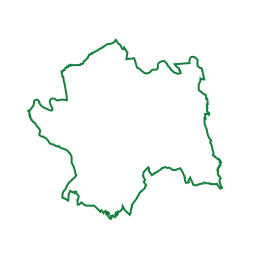 outline of Valea Mare, Vâlcea, Romania, rotated 71°
{"feature_id": "2599482B41757926586400", "entity_name": "Valea Mare", "entity_type": "district", "adm_level": 2, "iso_a3": "ROU", "parent_name": "Romania", "parent_adm1": "Vâlcea", "projection": "equal_earth", "projection_center": [24.031, 44.681], "detail": "fine", "context": "isolated", "style": "outline", "palette": "green", "viewbox_px": 256, "rotation_deg": 71, "n_neighbors": 0, "source": "geoboundaries", "source_scale": "gbopen_adm2", "svg_char_len": 5791}
<svg xmlns="http://www.w3.org/2000/svg" viewBox="0 0 256 256"><g transform="rotate(71 128 128)"><path d="M172.3,212.7L174.7,210.2L177.1,208.4L176.4,207.7L172.0,206.0L168.7,203.1L171.9,200.0L170.7,199.3L171.2,197.9L171.5,197.7L173.2,198.2L176.4,196.7L178.5,198.0L179.4,198.7L179.3,199.1L179.6,199.4L184.0,200.4L184.0,200.2L184.4,199.7L184.4,199.0L183.2,196.3L186.3,194.3L187.7,193.0L188.9,189.5L189.8,187.9L189.8,187.0L190.2,185.5L193.3,183.7L198.1,181.4L197.4,180.7L197.1,179.9L199.9,178.9L200.5,178.9L199.9,177.9L199.9,177.3L199.1,176.4L201.5,174.2L201.5,173.9L202.7,173.6L203.0,173.8L202.5,174.1L201.2,175.6L202.1,176.7L203.0,176.0L208.3,174.3L208.2,173.4L207.6,173.6L206.8,173.1L206.6,172.9L206.9,172.8L206.8,172.3L205.7,172.5L205.7,171.2L206.3,171.0L206.3,170.5L208.0,169.7L207.1,167.5L205.5,168.2L205.4,167.8L204.6,167.3L206.6,166.4L206.3,165.7L204.3,166.4L203.6,164.8L204.5,164.5L203.9,161.5L201.7,158.8L200.9,158.9L200.3,158.6L200.9,158.5L200.9,158.3L202.3,158.3L204.2,157.9L210.6,154.7L208.9,152.9L208.0,152.9L205.7,151.5L205.4,151.0L204.2,150.5L203.8,149.8L202.9,149.7L202.2,149.1L201.9,149.3L197.3,142.4L195.8,141.3L195.3,140.2L192.9,137.9L192.9,137.3L192.3,136.6L192.0,135.1L191.5,134.5L190.8,132.4L190.1,131.5L189.5,131.3L189.2,130.8L188.4,130.3L188.2,129.5L187.6,129.5L184.4,130.7L183.1,129.5L182.9,128.9L182.7,128.7L178.1,129.5L177.6,129.0L175.0,127.8L173.2,124.6L171.8,121.6L173.6,121.3L175.5,122.3L180.2,120.8L180.0,120.3L180.2,119.5L179.3,117.9L179.2,117.5L179.5,117.2L179.2,116.8L179.2,115.4L178.3,112.4L177.9,110.3L177.6,110.1L177.5,109.5L177.0,108.8L177.2,107.9L176.9,106.2L177.7,104.7L178.4,104.2L178.7,102.9L179.5,101.3L181.6,100.0L182.8,98.3L183.2,96.7L183.0,93.1L183.1,91.8L187.5,90.7L190.8,90.6L191.9,90.1L192.7,90.7L193.9,90.4L195.2,91.1L197.7,91.2L198.7,91.0L199.1,89.5L199.2,88.1L197.7,88.2L195.5,86.0L195.1,85.4L198.4,85.2L200.8,84.8L202.5,84.9L203.4,84.5L204.4,82.0L204.5,80.8L204.2,80.0L204.6,76.4L204.9,75.1L204.4,74.4L204.4,73.4L205.2,72.6L205.7,72.4L205.8,71.5L206.9,69.0L207.7,68.6L207.6,67.8L208.4,67.3L208.6,65.9L209.1,65.4L209.3,64.1L209.9,62.9L209.7,62.1L214.9,60.8L214.7,60.5L215.3,60.1L215.3,58.9L214.9,58.5L212.3,59.1L211.5,58.9L211.0,59.1L210.3,58.9L208.9,59.1L208.6,58.8L207.6,58.6L206.7,58.1L205.7,56.8L203.5,57.2L202.9,57.4L202.9,57.7L201.1,58.1L200.3,57.9L198.9,57.0L197.1,57.3L196.9,56.3L195.6,56.4L195.1,55.7L195.1,55.2L194.7,54.7L194.2,54.7L194.0,54.1L193.6,54.1L193.5,53.5L193.1,53.5L192.9,52.4L190.5,52.5L190.6,51.2L187.2,51.9L186.9,52.3L187.3,52.5L186.6,52.8L186.6,53.2L186.0,53.3L185.6,53.9L185.2,54.2L183.6,54.8L183.5,55.2L182.9,55.3L181.9,56.4L181.1,56.5L180.2,55.5L178.6,55.1L175.5,55.2L173.8,54.7L169.7,54.7L169.5,55.0L168.1,54.9L167.0,54.1L167.1,53.7L165.2,53.9L164.2,54.5L160.4,54.8L154.4,54.0L153.9,54.2L149.1,54.2L143.6,52.5L144.3,51.7L139.9,50.6L141.0,47.6L141.2,47.2L141.9,47.1L141.7,46.8L140.2,46.5L139.6,46.9L139.2,47.5L138.4,47.5L138.2,47.7L135.1,47.1L134.7,46.7L134.7,46.4L134.1,46.6L133.8,46.2L132.3,46.2L132.2,46.0L131.2,45.7L131.5,44.9L126.2,43.5L125.9,43.7L125.9,44.5L123.8,43.9L121.6,43.7L121.0,45.0L119.8,46.0L117.6,47.1L117.1,47.7L116.0,48.1L115.4,48.7L114.8,48.7L110.0,47.0L108.7,46.0L107.6,44.5L106.8,44.3L106.4,43.9L105.9,43.8L105.5,43.4L104.8,43.3L106.5,41.2L106.9,40.0L95.7,38.9L94.4,40.6L92.1,41.9L89.8,41.6L87.5,40.4L86.3,40.2L85.1,40.5L82.5,42.1L81.6,43.9L81.6,45.6L82.3,46.6L83.5,47.5L86.6,48.8L82.9,63.1L85.0,62.5L86.9,61.4L87.8,60.6L89.7,60.3L90.2,60.7L90.7,60.6L90.9,60.1L93.3,60.3L92.9,63.3L90.4,66.4L86.9,68.3L84.0,69.1L82.3,70.0L79.8,70.3L77.3,71.4L76.5,72.1L75.9,73.1L76.1,76.4L76.8,78.2L77.5,78.9L78.5,79.4L80.9,80.2L81.9,81.3L81.9,82.6L80.9,85.6L81.1,86.9L82.1,88.4L82.7,90.4L82.5,92.5L82.1,93.4L81.6,94.2L80.5,95.1L79.1,96.1L75.5,98.0L73.8,99.8L64.1,99.4L62.4,107.1L56.3,103.9L54.5,104.6L50.8,105.4L51.1,105.6L51.6,105.7L51.7,106.4L51.4,106.7L52.0,106.8L52.0,107.2L50.2,107.8L46.8,108.3L45.3,109.6L42.3,110.4L40.7,111.0L42.2,112.7L42.7,114.9L42.7,117.1L42.4,118.4L42.6,118.8L42.0,119.8L42.0,120.7L43.1,123.8L43.0,125.3L43.6,125.7L43.6,126.2L43.9,127.1L43.7,127.5L44.0,128.0L43.9,128.9L44.9,132.0L44.8,132.5L45.1,134.4L45.3,134.7L45.4,137.4L45.9,137.7L45.4,138.1L45.9,138.8L45.9,140.1L46.5,140.5L46.4,141.2L47.2,141.9L47.5,142.5L48.5,142.8L48.9,144.1L50.4,146.7L50.5,147.8L51.0,148.1L51.3,148.9L52.2,149.3L52.6,149.8L52.0,151.8L52.9,152.6L53.0,152.9L52.3,153.8L52.4,155.0L51.6,156.2L51.4,157.9L50.5,159.3L50.5,160.3L49.6,161.3L49.8,161.7L50.4,162.0L50.2,162.4L49.6,162.6L49.8,163.1L49.5,163.4L50.2,164.9L50.8,164.8L50.7,165.5L50.2,165.9L50.7,166.6L50.8,167.7L51.4,167.7L52.0,168.4L52.0,169.0L52.6,169.2L52.6,169.6L52.2,170.4L53.4,171.6L53.0,172.5L58.3,173.2L58.7,172.5L61.3,173.2L66.9,173.8L77.4,175.5L81.9,176.8L80.3,179.6L79.4,182.1L79.0,185.8L77.8,187.0L76.0,188.2L75.6,189.4L75.5,191.0L76.2,192.5L77.6,193.4L80.0,193.7L85.4,193.1L86.4,193.7L86.6,194.7L86.1,195.7L80.9,201.4L78.0,203.1L76.1,203.6L73.2,203.7L72.6,203.9L71.9,204.4L71.4,206.1L71.4,206.9L71.9,207.8L74.5,209.1L76.1,210.3L78.9,214.3L79.3,215.7L79.1,216.6L79.4,216.8L80.9,215.8L82.1,216.7L82.9,216.9L83.5,216.9L83.7,216.4L85.6,216.6L85.5,217.1L88.6,216.8L88.6,216.5L91.6,215.6L92.7,214.4L95.9,213.8L99.5,212.3L101.3,211.9L103.0,212.4L103.8,213.2L105.6,214.1L105.9,214.1L107.5,212.9L108.2,212.0L108.6,210.8L109.2,210.8L110.9,208.9L114.6,207.5L116.3,207.2L117.5,206.6L118.9,204.8L119.7,203.3L121.3,202.4L121.9,201.8L122.8,199.8L122.7,199.2L123.5,199.2L125.4,197.5L127.8,194.3L130.0,192.5L133.4,191.1L136.3,190.7L138.6,191.2L141.1,192.2L142.6,192.5L147.8,191.9L149.2,192.1L151.1,192.0L154.2,192.7L155.8,192.2L157.6,194.9L158.1,196.7L159.7,199.6L160.1,201.1L160.8,201.9L161.9,203.8L163.0,204.4L163.8,205.6L165.1,206.6L166.3,208.7L167.3,210.0L169.8,211.8L170.7,212.0L172.3,212.7Z" fill="none" stroke="#15803d" stroke-width="2"/></g></svg>